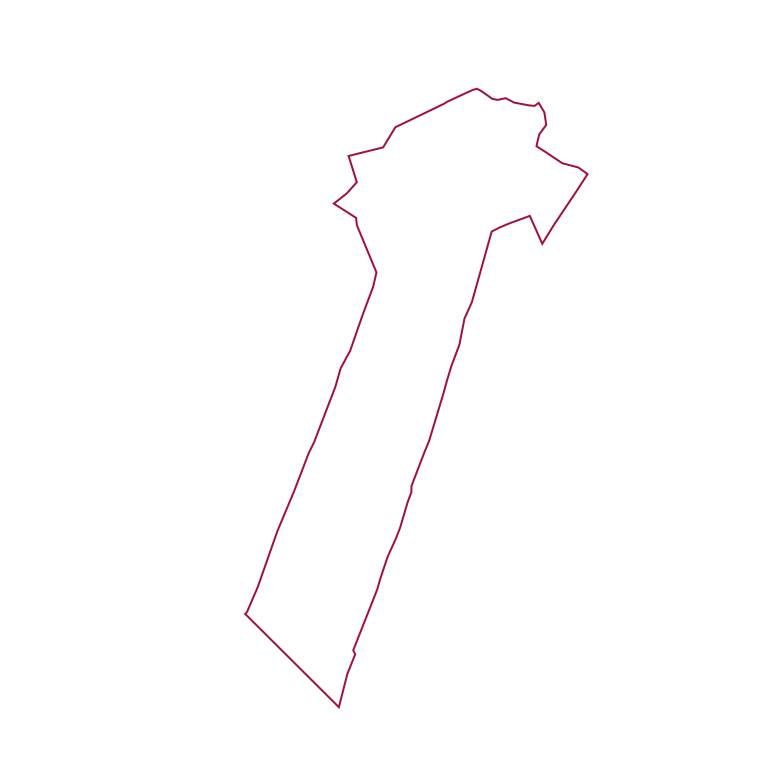 Chinguitti, Adrar, Mauritania, rotated 111°
{"feature_id": "47542326B90495786476095", "entity_name": "Chinguitti", "entity_type": "district", "adm_level": 2, "iso_a3": "MRT", "parent_name": "Mauritania", "parent_adm1": "Adrar", "projection": "mercator", "projection_center": [-10.907, 20.124], "detail": "fine", "context": "isolated", "style": "outline", "palette": "rose", "viewbox_px": 768, "rotation_deg": 111, "n_neighbors": 0, "source": "geoboundaries", "source_scale": "gbopen_adm2", "svg_char_len": 1110}
<svg xmlns="http://www.w3.org/2000/svg" viewBox="0 0 768 768"><g transform="rotate(111 384 384)"><path d="M183.8,498.8L187.6,495.7L192.7,491.7L205.4,481.7L216.4,485.9L219.5,487.1L233.6,495.5L238.9,469.6L245.4,466.3L282.6,431.0L297.0,429.0L328.0,428.7L365.1,427.5L384.8,430.1L404.1,428.4L463.2,428.4L475.3,429.5L516.3,429.5L559.4,430.8L618.5,429.1L646.1,430.2L648.4,431.2L701.9,310.3L667.9,314.3L646.7,314.0L643.6,317.3L614.4,317.0L601.3,316.9L578.2,316.7L567.1,317.7L543.9,318.7L523.7,317.5L511.7,317.5L485.4,319.6L475.4,319.6L469.3,321.8L442.1,321.8L433.1,321.8L420.8,321.5L401.8,322.9L370.6,325.2L358.6,326.4L343.5,327.5L320.3,327.7L319.6,327.8L294.2,332.3L276.0,331.3L203.1,338.1L196.6,332.3L188.4,323.7L174.8,308.1L196.4,286.5L174.7,282.4L134.2,273.2L115.1,269.2L112.2,280.2L114.0,296.7L109.5,316.4L107.4,326.8L102.6,327.6L95.3,328.5L83.9,325.4L73.0,331.6L66.1,340.3L70.4,343.1L71.9,348.4L72.8,353.3L74.6,363.1L73.6,372.9L78.1,379.9L79.0,385.0L77.1,392.3L75.6,398.4L75.1,403.1L77.6,406.5L98.4,426.7L100.0,427.6L140.2,465.4L163.4,469.6L183.8,498.8Z" fill="none" stroke="#9f1239" stroke-width="2"/></g></svg>